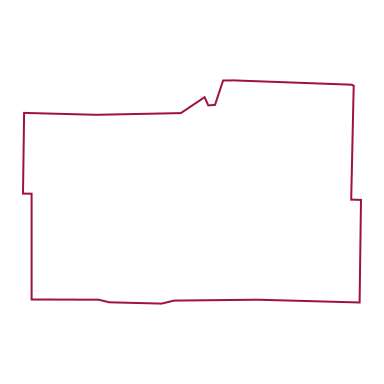 Maries, Missouri, United States of America (Equal Earth projection), rotated 180°
{"feature_id": "52423323B55894153877564", "entity_name": "Maries", "entity_type": "district", "adm_level": 2, "iso_a3": "USA", "parent_name": "United States of America", "parent_adm1": "Missouri", "projection": "equal_earth", "projection_center": [-91.92, 38.152], "detail": "fine", "context": "isolated", "style": "outline", "palette": "rose", "viewbox_px": 384, "rotation_deg": 180, "n_neighbors": 0, "source": "geoboundaries", "source_scale": "gbopen_adm2", "svg_char_len": 441}
<svg xmlns="http://www.w3.org/2000/svg" viewBox="0 0 384 384"><g transform="rotate(180 192 192)"><path d="M361.0,190.4L352.4,190.3L352.4,84.5L285.4,84.3L274.6,81.7L222.4,80.4L210.0,83.4L126.2,84.3L24.4,81.5L23.3,162.3L23.0,184.1L32.8,184.4L30.3,298.3L32.3,299.3L128.2,302.8L149.9,303.6L160.9,303.5L169.0,279.1L175.7,278.6L179.4,286.8L203.2,270.9L287.9,269.2L359.9,271.1L361.0,190.4Z" fill="none" stroke="#9f1239" stroke-width="2"/></g></svg>